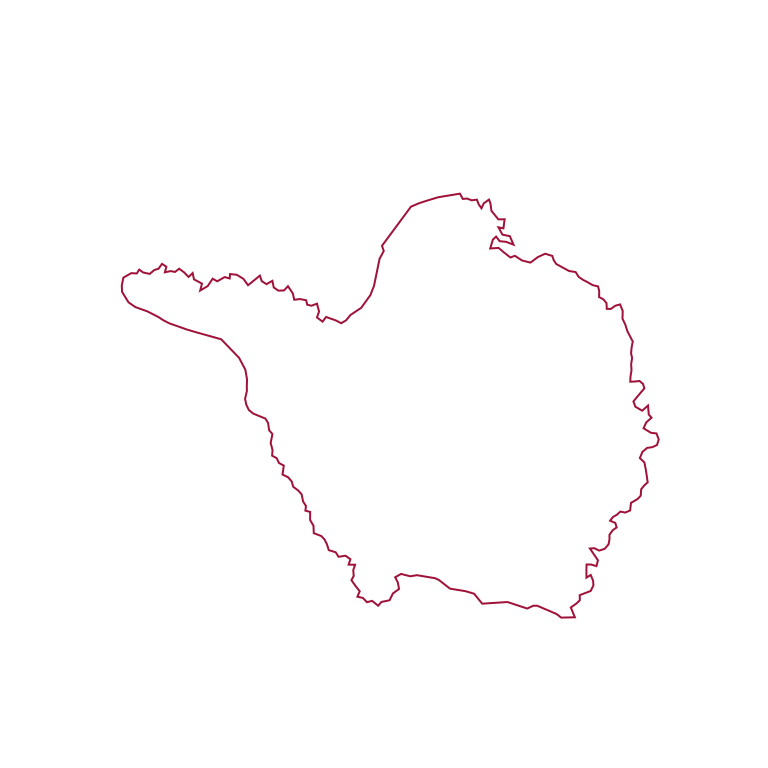 Ibirubá, Rio Grande do Sul, Brazil (Mercator projection), rotated 21°
{"feature_id": "56859067B54676544354461", "entity_name": "Ibirubá", "entity_type": "district", "adm_level": 2, "iso_a3": "BRA", "parent_name": "Brazil", "parent_adm1": "Rio Grande do Sul", "projection": "mercator", "projection_center": [-53.183, -28.593], "detail": "fine", "context": "isolated", "style": "outline", "palette": "rose", "viewbox_px": 768, "rotation_deg": 21, "n_neighbors": 0, "source": "geoboundaries", "source_scale": "gbopen_adm2", "svg_char_len": 3453}
<svg xmlns="http://www.w3.org/2000/svg" viewBox="0 0 768 768"><g transform="rotate(21 384 384)"><path d="M575.9,225.1L571.9,228.0L568.9,232.6L565.0,234.0L562.8,228.8L558.4,226.3L553.7,225.8L551.6,220.1L548.9,216.2L543.3,216.9L536.9,215.9L532.8,215.5L527.3,214.2L522.8,210.8L516.3,212.2L505.9,210.8L501.7,210.2L498.0,207.5L495.2,204.1L487.8,204.6L482.2,210.3L477.2,218.2L468.6,219.2L460.2,217.4L456.7,220.6L448.9,218.2L442.2,215.9L434.6,219.4L433.9,210.2L435.8,206.2L440.8,209.2L447.1,207.5L455.0,207.5L448.5,200.9L441.0,202.1L434.7,196.7L439.7,195.9L437.6,187.0L431.7,189.3L422.2,183.8L418.7,177.3L415.9,174.2L412.4,179.6L412.0,185.0L408.2,182.5L404.6,178.6L400.0,181.1L395.0,181.1L391.3,183.0L386.7,179.1L374.5,186.2L367.6,190.3L362.3,194.4L357.8,197.9L351.7,202.9L345.6,208.8L332.6,255.7L336.1,259.9L335.0,268.8L339.5,295.9L339.4,306.0L335.4,321.1L328.0,331.5L325.8,338.1L322.3,342.6L316.3,341.9L305.9,342.2L304.3,347.8L297.6,345.9L297.4,339.6L292.6,333.0L288.3,336.9L283.9,337.5L281.3,333.7L275.2,334.8L270.0,337.5L266.5,332.2L259.3,327.1L257.1,332.5L251.9,334.7L246.5,333.4L242.8,327.7L238.5,332.9L233.0,331.8L229.3,327.3L221.7,340.5L215.0,336.2L207.4,334.8L200.9,336.5L202.1,340.8L196.9,341.3L191.5,347.9L186.3,347.1L184.3,355.8L178.9,362.6L178.1,355.5L169.1,354.4L165.6,349.0L163.2,354.1L157.3,351.4L151.5,349.8L148.7,354.3L144.5,355.0L139.4,358.2L138.8,352.5L133.7,351.4L132.2,357.2L128.7,359.9L125.8,365.2L119.1,366.2L114.5,364.9L113.6,369.4L108.3,371.1L102.6,378.1L103.9,386.0L106.5,391.9L116.2,399.3L124.3,401.3L136.9,401.0L149.3,402.3L155.4,403.6L162.0,404.3L180.2,403.8L192.6,402.8L216.0,400.6L239.3,411.5L249.5,420.4L254.6,429.0L256.5,434.7L258.5,439.6L259.6,447.6L262.8,452.6L267.1,456.7L272.6,458.5L285.7,458.8L289.7,461.9L293.4,468.4L297.8,470.7L299.3,479.6L303.7,485.8L305.2,491.0L310.4,491.7L314.3,495.4L319.7,496.1L321.7,504.9L327.8,505.4L332.8,508.1L336.1,512.5L341.9,514.1L346.6,516.5L350.6,522.7L354.9,525.9L356.0,530.4L360.9,529.9L363.8,537.5L368.9,541.5L371.9,548.4L380.0,548.4L384.2,550.5L388.2,554.1L392.0,558.9L399.2,558.4L403.5,561.6L409.6,558.1L415.4,559.6L415.7,565.3L421.8,563.1L422.0,568.8L424.5,574.0L423.9,578.8L430.0,582.9L435.6,586.2L435.4,592.1L441.0,591.3L446.3,593.8L450.6,590.7L458.0,593.1L459.7,588.4L466.7,583.9L467.4,576.3L471.5,570.0L468.0,564.3L463.7,560.4L468.0,555.2L477.4,554.1L483.2,550.7L501.3,547.0L505.5,547.3L518.9,551.4L534.4,548.2L543.3,547.5L554.4,553.9L577.4,543.3L598.2,542.3L602.8,537.5L606.5,536.1L627.6,536.9L633.1,538.6L645.8,533.4L638.5,525.7L642.4,519.8L644.3,515.7L642.4,511.0L646.5,507.3L651.1,503.2L651.7,497.0L649.7,492.7L645.4,488.2L642.4,492.2L639.8,485.6L637.8,479.9L642.1,478.3L647.6,477.9L646.9,471.9L640.7,467.6L635.2,463.8L639.3,461.9L644.6,462.4L649.1,458.8L651.1,453.2L650.2,448.3L648.5,443.9L650.0,438.4L652.6,434.5L649.7,430.8L644.1,430.6L645.4,426.1L648.2,422.7L650.4,418.4L655.2,417.6L659.1,413.9L657.2,406.5L661.9,400.6L663.7,396.3L661.8,390.1L663.3,385.5L665.4,381.3L662.4,375.9L659.1,370.1L655.2,363.9L649.4,361.5L649.6,354.7L652.6,349.3L657.2,346.8L660.7,343.1L660.4,337.4L656.1,332.5L650.7,333.9L642.2,332.3L642.6,325.8L645.8,319.6L642.1,317.6L638.2,309.5L634.6,316.4L626.8,315.1L623.1,310.9L625.2,304.5L628.6,294.8L625.9,291.2L621.5,289.6L617.5,291.7L613.1,293.6L611.5,288.9L610.2,282.7L607.6,276.8L606.3,270.8L603.7,266.9L602.2,261.7L601.0,255.2L592.2,247.4L588.0,242.1L583.2,237.5L580.7,230.3L575.9,225.1Z" fill="none" stroke="#9f1239" stroke-width="2"/></g></svg>